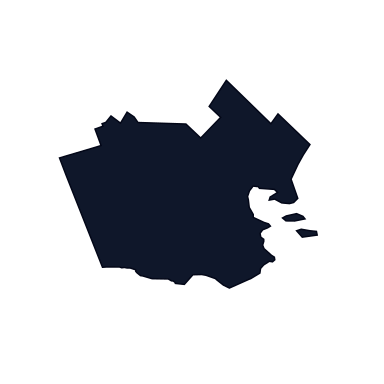 outline of Jefferson, New York, United States of America, rotated 219°
{"feature_id": "52423323B83261755629665", "entity_name": "Jefferson", "entity_type": "district", "adm_level": 2, "iso_a3": "USA", "parent_name": "United States of America", "parent_adm1": "New York", "projection": "natural_earth1", "projection_center": [-76.104, 44.036], "detail": "fine", "context": "isolated", "style": "filled", "palette": "ink", "viewbox_px": 384, "rotation_deg": 219, "n_neighbors": 0, "source": "geoboundaries", "source_scale": "gbopen_adm2", "svg_char_len": 1444}
<svg xmlns="http://www.w3.org/2000/svg" viewBox="0 0 384 384"><g transform="rotate(219 192 192)"><path d="M316.4,135.1L300.7,126.0L214.2,77.2L211.4,79.8L201.2,88.1L198.9,88.9L197.1,90.8L194.6,92.1L192.1,94.1L187.0,96.0L186.3,95.8L185.9,95.0L185.1,94.8L184.0,94.6L179.4,94.6L177.6,95.7L168.5,99.5L155.7,109.5L152.1,110.0L150.6,111.0L148.5,111.1L147.4,110.5L139.8,115.4L139.2,128.3L132.5,134.0L128.7,136.1L119.1,139.5L118.1,139.3L109.0,139.4L102.5,140.9L92.7,160.2L91.9,161.5L88.2,171.7L90.6,175.7L90.4,180.4L88.3,186.8L85.5,188.4L85.0,191.4L87.0,193.2L90.4,192.8L100.4,193.3L103.7,195.2L105.2,198.9L106.5,200.4L110.1,200.2L113.1,202.7L113.3,207.1L110.7,211.7L109.6,214.8L112.5,215.4L116.8,213.7L128.4,210.8L130.3,213.1L137.8,216.0L143.3,221.4L146.0,223.5L148.1,229.1L148.2,233.2L148.3,235.0L143.8,237.9L141.9,237.3L129.6,245.9L125.2,245.5L128.1,237.3L126.9,234.3L123.3,238.5L115.4,240.0L109.0,244.3L106.4,247.8L105.8,253.6L121.6,263.4L123.1,264.3L127.0,280.1L128.9,291.0L130.2,303.1L174.3,306.8L173.6,294.7L235.6,300.4L232.5,269.3L216.7,268.1L219.2,239.4L239.5,241.0L277.7,212.0L284.2,213.9L292.7,213.2L290.9,200.5L302.8,200.1L302.8,191.8L304.9,188.5L302.6,187.1L307.0,179.9L291.9,170.9L294.9,166.4L316.4,135.1ZM87.3,242.2L90.5,242.9L97.1,241.0L103.7,232.7L105.3,228.8L100.8,228.7L94.0,234.1L87.3,242.2ZM67.6,237.3L70.5,239.7L75.8,236.2L83.7,231.8L86.3,227.7L77.9,226.3L67.6,237.3Z" fill="#0f172a" stroke="#020617" stroke-width="1.5"/></g></svg>